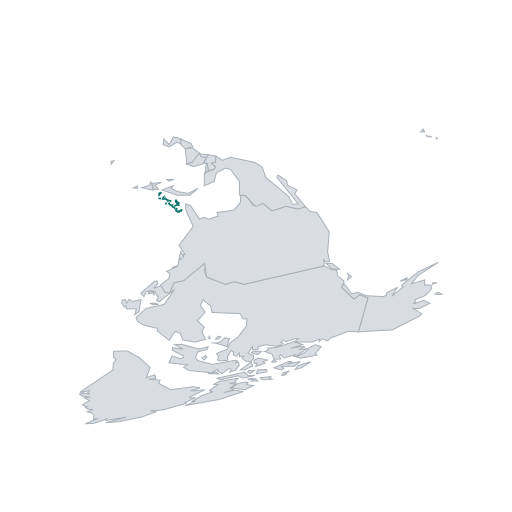 North America, with The Bahamas highlighted, rotated 168°
{"feature_id": "BHS", "entity_name": "The Bahamas", "entity_type": "country or territory", "adm_level": 0, "iso_a3": "BHS", "parent_name": "North America", "parent_adm1": "", "projection": "robinson", "projection_center": [-76.093, 23.939], "detail": "fine", "context": "in_parent", "style": "filled", "palette": "teal", "viewbox_px": 512, "rotation_deg": 168, "n_neighbors": 17, "source": "natural_earth", "source_scale": "50m", "svg_char_len": 11644}
<svg xmlns="http://www.w3.org/2000/svg" viewBox="0 0 512 512"><g transform="rotate(168 256 256)"><path d="M191.4,232.2L184.6,227.0L179.9,225.5L180.4,220.1L175.1,213.0L178.6,207.2L169.1,193.5L162.5,196.6L155.1,191.7L171.5,160.5L180.9,163.1L200.2,160.3L203.6,158.1L207.9,161.2L212.0,159.1L211.3,161.5L218.6,160.2L232.7,163.1L235.4,164.7L231.4,166.4L235.7,167.1L244.7,166.1L246.8,168.1L249.9,166.4L247.8,165.0L249.7,163.9L254.7,163.4L265.3,167.2L272.9,166.8L273.0,164.7L275.2,164.2L278.8,165.3L278.3,168.3L283.9,162.6L279.0,159.3L279.9,155.9L283.1,153.7L288.3,155.5L290.9,159.0L288.6,160.5L293.0,161.2L292.6,164.5L296.1,162.0L298.8,164.0L297.8,166.5L300.0,168.6L304.8,163.5L305.2,159.9L312.2,160.7L315.3,162.3L313.5,165.6L314.8,168.9L303.7,170.7L299.3,176.5L290.3,180.5L279.9,189.7L277.8,196.5L281.7,197.1L283.5,203.0L310.7,209.9L310.8,216.6L316.9,224.1L320.8,219.2L317.5,211.6L326.7,205.0L321.4,197.0L324.6,193.3L322.7,184.9L333.8,184.5L345.1,189.2L346.3,196.5L350.8,199.1L358.5,191.6L368.2,203.5L367.3,205.7L380.4,211.8L385.5,216.7L386.2,220.7L374.4,227.6L356.0,227.7L342.7,240.2L360.1,231.3L362.8,233.1L360.2,235.6L362.5,242.4L366.4,244.2L371.3,243.7L374.0,239.5L376.4,243.6L360.3,252.4L358.0,252.1L357.8,249.0L362.8,245.9L354.7,246.5L352.5,239.3L348.1,237.9L341.7,246.9L331.6,247.0L308.5,259.4L306.4,258.3L309.7,252.3L308.6,245.7L291.9,234.8L282.3,235.4L273.4,230.8L191.4,232.2ZM307.3,184.4L309.3,182.9L312.9,182.9L309.7,185.4L307.3,184.4ZM319.4,151.0L317.1,148.3L327.5,150.9L322.6,150.8L319.4,151.0ZM318.5,187.2L317.9,184.7L319.6,185.4L318.5,187.2ZM288.5,144.3L287.0,145.5L281.2,144.5L286.1,142.4L288.5,144.3ZM289.5,137.2L284.5,137.1L284.1,136.3L288.5,136.4L289.5,137.2ZM280.2,133.4L286.4,134.7L282.3,136.3L280.2,133.4ZM319.5,144.5L291.1,144.8L288.7,140.6L281.9,139.4L294.0,139.3L298.7,142.6L316.7,142.3L319.5,144.5ZM249.3,135.7L255.4,135.9L247.2,136.6L249.3,135.7ZM253.0,133.5L256.6,134.2L250.2,134.7L253.0,133.5ZM386.8,223.7L384.0,229.2L393.9,231.3L393.3,234.0L395.2,233.3L397.0,237.6L396.2,240.8L392.8,240.3L392.2,236.8L389.2,240.0L386.4,237.2L377.5,237.3L382.0,225.9L386.8,223.7ZM303.2,173.4L313.9,179.3L317.6,180.1L309.9,178.8L303.5,182.4L299.2,180.7L303.2,173.4ZM317.0,153.2L323.9,151.1L345.3,157.9L350.0,162.2L345.7,163.7L363.4,169.7L358.8,175.8L351.4,171.3L348.1,171.7L348.0,173.5L357.4,181.3L356.7,183.7L346.7,180.1L353.9,186.2L346.7,184.9L331.1,176.9L321.6,177.2L323.3,174.8L333.3,174.3L336.4,168.4L334.7,165.8L321.0,159.0L297.8,158.3L296.0,157.2L298.6,155.8L295.3,155.8L295.0,152.7L299.6,148.7L305.7,147.9L303.8,149.9L305.4,151.8L313.7,148.1L317.5,151.2L317.0,153.2ZM282.1,149.0L290.7,147.0L295.0,147.8L282.7,153.2L282.1,149.0ZM224.5,141.1L234.9,137.2L241.3,136.9L237.8,140.0L224.5,141.1ZM166.9,216.1L171.5,213.6L169.2,217.7L170.7,220.6L166.9,216.1ZM266.1,132.2L275.5,133.6L277.2,136.1L265.9,134.8L268.2,134.0L266.1,132.2ZM189.0,234.0L183.0,232.8L177.1,225.7L184.1,227.4L189.0,234.0ZM217.0,146.4L233.6,146.7L237.4,148.9L227.6,151.8L223.2,155.3L216.3,156.8L211.0,153.8L218.3,148.3L217.0,146.4ZM254.6,139.2L261.8,142.9L246.0,146.0L242.6,145.1L247.8,143.8L234.6,143.6L241.4,140.1L254.2,142.9L252.2,140.3L254.6,139.2ZM253.3,150.1L259.9,151.4L260.6,156.5L267.6,160.9L263.6,161.2L263.7,163.6L255.5,162.2L237.0,164.3L228.8,159.7L241.0,158.4L228.1,157.9L227.4,156.8L233.4,155.5L225.9,154.8L237.9,149.4L240.0,150.0L238.3,151.4L249.7,150.5L252.4,154.5L254.0,153.2L253.3,150.1ZM271.4,151.3L269.4,149.3L279.2,148.0L277.1,150.4L280.4,151.7L279.4,154.5L275.3,155.7L266.5,151.9L271.4,151.3ZM258.0,148.5L261.1,148.4L262.6,149.1L260.0,151.1L258.0,148.5ZM269.6,140.5L280.1,140.7L278.2,144.3L269.0,142.7L269.6,140.5ZM285.2,129.9L294.7,127.5L307.5,132.1L300.3,135.1L292.1,134.9L290.0,133.8L292.1,132.0L285.2,129.9ZM296.7,126.0L321.6,123.3L356.3,124.4L345.0,126.9L349.4,126.9L338.1,130.8L326.2,132.2L329.1,132.5L327.6,133.0L329.4,134.4L319.9,138.1L324.0,139.3L318.0,141.0L298.4,140.1L302.5,138.2L301.8,136.1L308.7,137.2L302.6,134.8L309.0,132.1L305.5,129.7L316.0,129.2L304.2,129.1L296.7,126.0ZM330.1,167.8L325.7,169.0L325.1,167.4L328.4,165.1L330.1,167.8ZM274.9,159.1L280.5,162.4L278.7,163.6L270.6,161.5L274.9,159.1ZM361.5,229.0L366.4,229.6L369.6,231.8L364.3,230.7L361.5,229.0ZM363.6,239.4L364.8,241.2L369.7,241.6L367.3,243.4L363.4,241.8L363.6,239.4Z" fill="#d9dde1" stroke="#a8b0b8" stroke-width="1"/><path d="M191.4,232.2L273.4,230.8L282.3,235.4L291.9,234.8L308.6,245.7L307.8,259.4L331.6,247.0L341.7,246.9L348.1,237.9L352.5,239.3L355.3,247.7L346.0,251.9L343.9,256.9L346.6,259.5L335.2,262.2L340.6,262.2L334.5,262.9L331.6,269.7L329.7,267.6L331.1,271.7L328.4,276.2L327.1,268.9L327.2,272.9L325.1,272.3L329.1,282.5L311.2,298.0L315.1,315.3L314.0,321.6L309.7,319.1L303.5,303.7L298.9,304.8L294.9,301.9L284.6,302.9L285.1,306.6L268.1,305.4L260.0,311.7L258.3,319.2L253.6,317.2L248.0,305.8L238.4,306.2L230.9,296.8L216.3,298.4L205.1,293.2L197.4,293.9L193.7,288.2L187.4,286.0L179.3,264.5L185.1,245.0L185.2,235.2L189.7,235.7L190.4,239.2L191.4,232.2ZM171.5,160.5L155.1,191.7L162.5,196.6L169.1,193.5L178.6,207.2L175.7,211.1L170.4,199.4L163.7,199.1L156.9,194.4L139.9,189.8L136.6,190.5L135.8,192.9L124.4,195.8L131.4,188.4L118.6,195.1L119.7,196.8L115.8,199.3L100.0,206.9L79.0,211.9L101.4,203.3L109.7,196.6L95.9,197.5L97.1,192.8L90.8,191.1L91.1,187.7L93.4,185.7L98.9,182.1L110.1,180.0L109.6,177.8L112.4,176.5L100.9,177.7L95.9,173.6L107.3,170.7L113.2,172.2L106.0,164.9L108.7,163.2L137.9,155.4L171.5,160.5ZM82.0,179.9L84.9,180.2L88.6,181.6L85.7,182.7L82.0,179.9ZM65.2,342.4L69.2,343.2L66.1,345.4L65.2,342.4ZM64.0,337.5L64.4,339.1L63.6,337.8L64.0,337.5ZM62.0,336.7L63.5,337.3L61.7,337.2L62.0,336.7ZM59.2,336.3L60.8,336.3L60.5,336.5L59.2,336.3ZM54.9,332.8L55.1,334.2L54.1,333.5L54.9,332.8ZM84.5,192.1L89.4,191.8L88.8,193.1L84.5,192.1ZM113.3,201.7L120.4,201.3L112.8,203.4L113.3,201.7Z" fill="#d9dde1" stroke="#a8b0b8" stroke-width="1"/><path d="M342.3,342.4L342.4,348.7L333.3,347.6L340.3,346.3L337.4,341.6L342.3,342.4Z" fill="#d9dde1" stroke="#a8b0b8" stroke-width="1"/><path d="M343.4,350.4L342.7,341.7L353.5,346.6L345.8,347.3L343.4,350.4Z" fill="#d9dde1" stroke="#a8b0b8" stroke-width="1"/><path d="M386.3,124.4L401.4,122.3L424.0,122.4L437.7,124.2L416.5,125.3L437.0,126.4L435.8,127.7L449.4,126.0L457.9,127.4L444.0,129.9L448.9,130.0L447.5,133.8L449.7,136.9L453.6,138.7L447.3,139.7L452.4,141.2L454.6,143.6L452.4,143.8L456.8,146.4L448.8,149.4L453.6,152.9L447.5,152.4L455.1,155.1L457.4,157.5L453.4,158.1L447.2,155.2L449.0,157.2L447.0,158.9L456.8,159.2L419.6,174.3L417.9,180.9L414.4,183.7L416.2,186.3L415.2,192.5L401.6,189.9L390.9,180.5L382.8,168.7L388.6,159.8L379.6,160.8L379.6,157.0L386.8,157.8L375.6,154.5L377.6,151.6L367.0,142.8L344.7,141.3L338.1,138.6L348.1,137.6L333.9,135.7L349.7,132.0L350.4,131.0L344.6,130.0L356.1,127.3L355.0,126.3L379.2,124.8L391.8,126.6L386.3,124.4Z" fill="#d9dde1" stroke="#a8b0b8" stroke-width="1"/><path d="M197.4,293.9L205.1,293.2L216.3,298.4L230.9,296.8L238.4,306.2L245.8,304.3L253.6,317.2L259.6,319.1L256.7,332.1L262.7,345.7L267.5,348.3L277.5,345.6L281.4,337.5L292.0,335.5L289.2,347.9L278.8,349.6L277.2,351.7L280.4,356.2L276.2,356.2L274.5,362.0L269.1,356.7L260.2,357.8L237.7,347.8L231.4,341.5L230.1,330.8L211.6,307.4L209.5,299.0L203.9,298.2L219.2,328.6L217.6,330.6L210.5,323.4L210.4,318.6L202.1,312.1L205.3,308.9L197.4,293.9Z" fill="#d9dde1" stroke="#a8b0b8" stroke-width="1"/><path d="M323.7,384.2L321.9,389.7L317.8,383.0L311.9,389.7L305.4,386.4L305.1,381.1L310.1,383.7L318.2,380.8L323.7,384.2Z" fill="#d9dde1" stroke="#a8b0b8" stroke-width="1"/><path d="M306.4,380.8L305.0,385.9L296.1,379.4L295.2,375.8L302.8,375.6L306.4,380.8Z" fill="#d9dde1" stroke="#a8b0b8" stroke-width="1"/><path d="M302.8,375.6L295.9,375.0L289.5,368.1L298.7,361.0L304.6,360.2L302.8,375.6Z" fill="#d9dde1" stroke="#a8b0b8" stroke-width="1"/><path d="M304.6,360.2L298.7,361.0L290.7,367.9L284.0,362.4L288.9,357.0L298.5,356.5L304.6,360.2Z" fill="#d9dde1" stroke="#a8b0b8" stroke-width="1"/><path d="M284.0,362.4L289.4,364.8L288.7,367.2L281.5,365.0L284.0,362.4Z" fill="#d9dde1" stroke="#a8b0b8" stroke-width="1"/><path d="M274.5,362.0L276.2,356.2L280.4,356.2L277.2,351.7L278.8,349.6L284.9,349.6L284.5,356.9L287.8,357.5L284.0,362.4L281.5,365.0L274.5,362.0Z" fill="#d9dde1" stroke="#a8b0b8" stroke-width="1"/><path d="M284.9,349.6L288.4,347.6L285.5,356.9L284.5,356.9L284.9,349.6Z" fill="#d9dde1" stroke="#a8b0b8" stroke-width="1"/><path d="M357.5,346.9L362.5,348.0L357.3,349.1L357.5,346.9Z" fill="#d9dde1" stroke="#a8b0b8" stroke-width="1"/><path d="M320.5,348.0L325.3,347.4L327.6,349.3L320.5,348.0Z" fill="#d9dde1" stroke="#a8b0b8" stroke-width="1"/><path d="M307.8,329.2L320.5,331.8L334.2,340.2L322.4,341.9L324.7,339.7L319.3,335.3L309.3,331.3L298.8,334.1L307.8,329.2Z" fill="#d9dde1" stroke="#a8b0b8" stroke-width="1"/><path d="M375.0,378.8L378.4,375.9L378.3,378.7L375.0,378.8Z" fill="#d9dde1" stroke="#a8b0b8" stroke-width="1"/><path d="M322.5,323.5L322.5,323.9L322.6,324.3L322.2,324.6L322.1,324.8L321.8,324.9L321.6,325.1L321.5,324.8L321.3,324.6L321.2,324.3L320.9,324.3L320.5,324.1L320.3,323.8L320.6,323.7L320.7,323.9L320.9,323.7L320.7,323.3L321.1,322.7L321.2,322.3L321.0,321.7L321.6,321.8L321.8,322.1L321.8,322.4L322.0,322.6L322.2,323.2L322.5,323.5ZM322.8,325.2L322.8,325.3L322.5,325.5L323.0,325.3L323.1,325.6L323.2,326.2L323.2,326.3L323.3,326.5L323.1,327.2L322.4,327.1L322.4,326.7L322.2,326.0L322.0,325.8L321.7,325.3L321.9,325.2L322.1,325.3L322.2,325.2L322.5,325.1L322.8,325.2ZM338.0,336.8L337.9,337.1L337.5,337.6L336.7,337.7L335.9,337.8L335.8,337.6L335.9,337.3L335.9,337.2L336.1,337.0L336.3,336.8L336.7,336.8L337.1,336.9L337.3,336.9L337.6,336.7L337.9,336.3L338.0,336.4L338.0,336.8ZM324.2,319.0L323.9,318.6L323.7,318.5L324.0,318.2L324.2,317.5L324.3,317.2L324.2,317.0L324.3,316.7L324.2,316.5L323.9,316.3L323.3,315.4L322.4,315.2L321.9,315.2L322.2,315.0L322.4,315.1L322.8,315.1L323.2,315.2L323.5,315.4L323.8,315.8L324.0,315.9L324.1,316.0L324.4,316.3L324.8,316.6L324.8,317.3L324.4,317.7L324.3,318.8L324.2,319.0ZM320.1,315.8L320.5,316.0L320.7,315.9L320.9,315.9L321.4,315.9L321.9,315.8L322.0,316.0L321.0,316.2L320.1,316.5L319.6,316.7L319.3,316.7L319.1,316.6L318.5,316.0L319.1,316.4L319.4,316.3L319.7,316.1L319.7,315.9L319.8,315.6L320.1,315.8ZM326.1,320.5L326.6,321.0L327.1,321.1L327.6,321.7L327.8,321.9L327.8,322.0L327.8,322.8L327.6,323.3L327.7,323.7L327.4,323.3L327.2,323.2L327.5,323.1L327.5,322.6L327.7,322.3L327.7,321.9L327.3,321.5L327.0,321.2L326.6,321.1L326.2,320.7L325.7,320.8L325.8,320.6L325.9,320.3L325.9,320.2L326.1,320.5ZM332.0,330.4L331.6,329.7L331.0,329.5L330.7,329.3L330.8,329.2L331.0,329.2L331.1,328.9L331.0,328.7L330.7,328.2L330.5,327.8L330.5,327.7L330.4,327.4L330.8,327.9L330.9,328.3L331.1,328.7L331.3,329.4L331.7,329.6L332.0,330.0L332.0,330.4ZM334.1,332.9L333.8,333.0L333.9,332.8L334.3,332.5L334.6,332.2L334.8,332.0L335.0,331.9L335.1,331.7L334.8,331.3L334.8,331.2L335.2,331.0L335.3,331.7L334.8,332.4L334.4,332.6L334.1,332.9ZM330.5,325.4L330.5,325.6L330.3,325.6L329.9,325.6L330.1,325.3L330.1,325.2L329.9,324.9L329.5,324.3L329.4,324.2L329.3,323.9L329.0,323.7L329.3,323.6L329.8,324.5L330.5,325.4ZM337.9,332.1L338.1,332.2L338.6,332.3L338.8,332.4L338.8,332.5L338.7,332.6L338.4,332.4L338.1,332.3L337.7,332.3L337.6,332.0L337.9,332.1ZM334.6,331.0L334.4,331.2L334.0,331.0L333.9,331.0L333.8,330.8L333.7,330.7L334.0,330.7L334.2,330.9L334.6,331.0ZM323.8,322.3L323.5,322.4L323.2,322.3L323.2,322.2L323.5,322.1L323.9,322.1L324.1,322.2L323.8,322.3ZM329.3,328.2L329.2,328.3L328.9,328.2L328.4,327.7L328.1,327.7L328.2,327.4L328.4,327.5L328.8,327.9L329.0,328.1L329.3,328.2ZM333.3,325.9L333.1,326.3L332.9,326.3L333.0,325.8L333.2,325.7L333.3,325.7L333.3,325.9ZM338.3,335.6L337.9,335.8L337.8,335.6L338.1,335.4L338.3,335.6Z" fill="#14b8a6" stroke="#0f766e" stroke-width="1.5"/></g></svg>